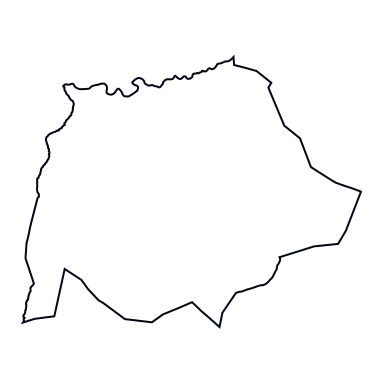 Bugat, Bulgan, Mongolia (orthographic projection)
{"feature_id": "93677404B59667733758052", "entity_name": "Bugat", "entity_type": "district", "adm_level": 2, "iso_a3": "MNG", "parent_name": "Mongolia", "parent_adm1": "Bulgan", "projection": "orthographic", "projection_center": [103.227, 49.106], "detail": "fine", "context": "isolated", "style": "outline", "palette": "ink", "viewbox_px": 384, "rotation_deg": 0, "n_neighbors": 0, "source": "geoboundaries", "source_scale": "gbopen_adm2", "svg_char_len": 5605}
<svg xmlns="http://www.w3.org/2000/svg" viewBox="0 0 384 384"><path d="M361.0,191.6L351.6,188.1L345.3,186.1L336.2,182.9L331.7,180.3L317.6,171.4L310.9,167.0L300.0,138.3L284.3,125.7L268.4,87.7L271.3,82.8L256.5,71.0L244.4,67.6L234.1,65.0L233.5,57.0L232.2,58.5L229.2,60.9L228.7,61.1L227.6,61.4L226.2,61.3L225.3,61.5L222.5,62.6L221.0,63.3L220.0,63.5L218.6,63.6L217.8,63.8L217.1,64.5L216.4,65.8L215.3,67.3L214.1,68.4L212.7,69.1L211.7,69.3L210.3,68.5L209.9,68.3L209.1,68.4L208.4,68.7L208.1,68.9L207.3,70.2L206.3,71.1L205.7,71.3L204.8,71.5L202.5,70.8L202.0,70.9L202.0,71.6L201.8,71.9L201.5,72.1L200.1,72.4L199.5,72.7L199.0,73.1L198.4,73.3L197.8,73.1L197.3,72.9L196.2,73.5L193.5,73.7L192.6,74.8L192.5,75.3L192.5,76.2L192.4,76.7L192.1,77.1L191.5,77.6L191.1,77.8L190.5,78.5L190.2,78.6L189.8,78.6L189.0,78.8L188.0,78.9L187.7,78.8L186.5,78.0L186.1,77.2L185.9,76.8L185.5,76.5L184.6,76.3L183.9,76.4L183.4,76.6L182.7,77.5L181.8,78.3L181.2,78.7L180.7,79.0L179.3,78.8L178.4,78.5L177.5,77.8L176.0,76.4L175.8,76.1L175.2,75.8L174.5,76.3L174.1,76.9L173.2,78.5L172.7,78.9L172.2,79.1L170.3,79.4L167.7,79.2L167.0,79.5L166.1,79.6L165.4,79.8L164.6,80.8L163.8,81.5L163.0,82.3L163.0,83.5L162.6,84.2L161.9,84.9L161.0,86.2L160.2,87.0L159.6,87.3L159.0,87.4L156.9,86.4L155.0,86.2L152.2,85.0L151.6,85.0L150.6,85.4L149.5,85.6L148.2,85.5L145.8,84.1L145.0,83.5L144.5,82.9L144.2,81.3L143.8,80.7L142.1,78.9L141.3,78.6L139.6,78.1L138.8,78.0L137.8,78.1L135.2,79.5L134.1,80.6L133.0,81.5L132.4,82.2L132.3,82.8L132.6,83.2L134.0,84.5L134.4,84.8L136.6,85.6L137.2,85.9L137.8,86.5L138.1,87.0L138.0,88.3L137.5,90.1L137.3,90.6L136.0,91.6L132.8,94.0L130.9,95.0L129.6,95.9L129.0,96.3L128.1,96.4L127.0,96.5L125.1,96.3L124.4,96.2L123.6,95.7L123.0,94.9L122.4,94.0L122.2,93.1L121.8,92.3L121.0,91.0L119.3,89.2L118.8,88.8L118.3,88.7L117.8,88.9L117.2,89.3L116.4,90.3L114.7,92.8L113.2,94.0L111.7,94.6L110.9,94.7L110.2,94.6L109.3,94.3L108.3,94.1L107.1,93.4L106.6,92.7L106.5,91.9L106.6,90.9L107.0,88.8L107.0,88.2L106.7,86.1L106.2,85.3L105.6,84.7L104.6,83.8L103.9,83.6L101.9,83.6L99.9,84.0L98.6,84.6L95.4,85.1L94.0,85.6L92.4,86.0L91.4,86.5L89.9,88.0L89.2,88.5L88.3,88.8L85.6,89.0L80.7,89.2L79.4,89.1L78.3,88.7L76.0,87.6L75.2,86.9L74.1,85.4L73.7,84.6L73.3,84.1L72.8,83.8L71.7,83.8L69.3,84.7L68.4,84.7L67.3,84.6L66.2,84.3L65.4,84.3L63.4,85.7L63.3,86.1L63.3,86.4L63.4,86.7L64.2,87.0L64.4,87.3L64.5,88.1L64.3,88.5L64.4,89.7L65.1,90.8L65.2,91.3L65.9,92.0L66.3,93.5L66.7,94.2L67.9,95.2L68.4,95.9L68.8,96.3L69.1,96.7L69.2,97.4L69.8,98.4L71.2,100.2L72.0,100.5L72.7,101.0L73.4,102.4L73.5,103.1L73.7,103.5L73.8,103.9L73.8,104.3L73.4,105.6L73.2,106.1L73.0,107.4L72.8,107.9L72.9,108.5L72.7,110.7L72.3,112.1L71.7,112.6L71.5,113.1L71.4,113.5L71.4,113.8L71.4,114.3L71.2,115.2L69.6,116.3L69.4,116.7L69.2,117.4L69.1,117.6L68.6,117.9L68.3,118.3L67.9,118.9L67.6,119.1L67.1,119.6L66.2,120.3L65.9,120.9L65.8,121.6L65.5,122.3L64.4,123.2L64.3,123.4L64.3,123.7L64.7,124.4L64.8,124.6L64.6,125.0L64.3,125.2L63.5,125.5L63.4,125.6L63.2,126.0L62.4,126.5L62.2,127.2L61.7,127.6L61.6,128.1L61.2,128.1L60.1,128.7L59.8,129.1L59.2,129.3L58.8,129.6L58.7,129.7L58.9,130.2L58.8,130.3L58.7,130.5L57.4,130.5L56.9,130.9L56.3,131.0L56.0,131.3L55.1,131.9L53.8,132.1L51.1,133.3L50.5,133.8L49.9,133.8L49.5,134.3L48.3,135.1L48.0,135.5L47.9,135.9L46.4,137.3L46.3,137.9L46.0,138.4L46.1,138.6L46.1,138.8L45.8,139.8L46.0,140.3L46.3,141.3L46.8,142.7L46.8,143.0L46.9,143.6L46.9,144.1L47.3,144.4L47.5,144.8L47.9,146.1L47.8,146.5L47.9,146.9L48.0,147.2L48.3,148.5L48.8,148.9L49.0,149.3L49.0,150.2L48.7,151.0L48.8,151.2L49.4,152.0L49.4,152.7L49.4,153.5L49.0,153.8L48.8,154.4L49.3,155.4L49.3,155.9L49.0,157.0L48.7,157.3L48.7,157.8L48.4,159.2L48.0,159.6L47.8,159.7L47.3,160.4L47.4,160.7L47.3,161.0L46.9,161.6L46.7,161.8L46.5,162.3L45.9,162.7L45.7,163.2L45.4,163.5L45.2,163.6L44.9,164.2L44.5,164.7L44.2,165.1L43.9,165.2L43.4,165.5L42.9,166.8L42.4,167.1L42.0,167.7L41.5,168.3L41.3,168.9L41.0,169.2L41.0,169.7L40.9,169.9L40.9,170.7L40.8,171.5L40.5,171.9L40.3,172.6L40.4,173.5L40.0,174.3L39.7,175.0L39.3,175.4L38.9,176.0L38.8,176.4L38.6,176.8L38.6,177.7L38.4,177.9L37.4,178.4L37.1,179.2L37.1,180.1L37.3,181.9L37.1,183.0L37.1,183.8L37.3,186.4L37.2,187.1L37.0,188.0L37.2,191.1L37.6,192.4L38.6,193.6L38.9,194.8L38.9,196.5L38.8,197.0L37.8,197.6L37.6,197.9L30.9,223.9L29.8,228.7L28.9,233.6L26.5,243.5L25.5,258.2L33.9,283.6L32.9,285.2L31.1,286.9L30.6,287.7L30.4,288.8L30.6,290.2L30.5,291.3L30.1,291.9L29.1,293.8L29.0,294.1L29.0,294.5L28.9,294.8L28.6,295.5L28.6,296.0L28.4,296.4L28.4,296.9L28.2,297.7L28.3,298.4L28.0,298.9L28.0,299.5L27.9,299.7L27.3,300.2L27.2,300.3L27.2,300.6L26.5,301.4L26.5,302.0L26.2,302.7L26.1,303.4L26.0,303.7L25.9,304.0L26.4,305.2L26.4,305.8L26.2,306.4L26.2,307.0L25.9,308.3L25.9,309.0L25.9,309.5L25.4,310.2L25.3,310.6L25.3,311.9L25.1,312.3L24.9,313.5L24.1,314.4L23.4,315.5L23.4,316.4L23.5,317.0L24.4,317.5L24.6,317.7L24.6,317.9L24.5,318.3L23.9,318.6L23.8,318.8L23.7,319.4L23.8,320.0L24.0,320.6L23.7,320.9L23.6,321.6L23.0,322.5L34.8,318.8L54.3,316.3L64.7,269.0L81.4,279.9L88.2,289.3L98.7,300.4L103.5,303.2L124.9,319.1L151.9,322.3L163.0,314.4L176.2,309.0L192.1,302.2L201.8,311.5L208.7,317.4L219.5,327.0L222.4,312.8L236.1,292.7L237.0,292.6L239.3,291.8L241.4,291.6L242.5,291.3L244.8,290.4L246.6,289.8L247.6,289.3L249.7,288.9L254.0,287.5L258.0,286.0L261.0,285.2L263.0,285.2L265.3,284.2L267.3,282.9L269.4,280.6L270.4,279.3L271.7,278.2L272.7,276.8L273.1,276.1L275.1,271.9L276.7,269.2L277.0,266.8L277.3,265.4L277.6,264.9L278.0,264.5L278.9,263.1L279.9,260.8L280.1,259.9L280.2,259.3L280.1,258.8L279.7,257.6L279.5,257.2L314.0,246.4L338.1,243.9L345.9,230.7L361.0,191.6Z" fill="none" stroke="#020617" stroke-width="2"/></svg>